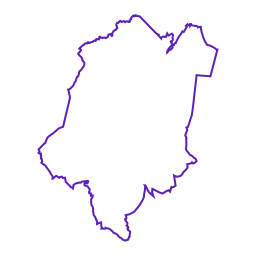 outline of Ahuazotepec, Hidalgo, Mexico
{"feature_id": "50627088B25624644630099", "entity_name": "Ahuazotepec", "entity_type": "district", "adm_level": 2, "iso_a3": "MEX", "parent_name": "Mexico", "parent_adm1": "Hidalgo", "projection": "robinson", "projection_center": [-98.14, 20.057], "detail": "fine", "context": "isolated", "style": "outline", "palette": "violet", "viewbox_px": 256, "rotation_deg": 0, "n_neighbors": 0, "source": "geoboundaries", "source_scale": "gbopen_adm2", "svg_char_len": 5664}
<svg xmlns="http://www.w3.org/2000/svg" viewBox="0 0 256 256"><path d="M84.1,65.7L81.0,70.1L80.6,70.5L79.8,71.0L79.0,72.4L79.0,73.5L78.2,76.3L76.9,77.0L75.6,81.3L74.8,82.1L74.2,83.3L73.6,84.9L72.8,86.1L70.1,88.8L69.4,89.3L68.1,89.6L68.6,91.0L69.6,95.3L70.0,97.4L69.8,98.5L63.1,126.8L61.5,127.3L58.5,128.6L53.4,133.1L48.3,136.7L47.2,138.1L45.9,141.1L45.3,143.0L44.0,143.9L38.6,149.4L39.4,150.9L39.5,151.8L39.4,152.3L39.1,152.7L38.8,152.6L38.6,153.0L40.4,154.1L40.9,152.8L41.1,156.2L40.8,156.4L41.0,157.5L41.0,158.3L41.2,158.8L41.7,158.9L42.2,161.5L41.4,162.7L43.0,164.1L45.2,165.4L49.0,170.7L49.9,171.8L51.0,174.1L51.5,174.9L52.3,175.9L52.6,176.5L52.8,177.1L52.5,178.7L53.1,178.6L53.3,178.2L53.7,177.7L54.4,177.4L54.9,176.7L56.2,175.9L59.4,177.8L59.9,177.1L62.0,176.7L62.7,178.0L64.9,177.7L65.7,181.6L66.0,182.3L66.8,182.8L68.1,184.3L69.9,185.8L70.7,187.1L71.5,187.2L72.2,187.6L72.4,188.0L72.9,188.5L73.3,186.7L73.6,184.7L74.3,184.4L75.7,183.5L76.5,183.1L78.0,183.1L78.4,182.7L79.4,182.6L80.7,182.7L81.8,181.7L82.3,181.5L83.2,181.5L85.8,181.2L87.2,180.8L87.7,180.8L88.3,181.2L88.1,181.9L87.3,183.3L86.8,183.3L86.2,183.1L85.3,183.0L84.9,183.1L84.6,183.3L84.5,183.7L84.5,185.2L85.3,185.6L86.3,185.8L86.8,186.1L87.6,186.3L87.9,186.6L88.3,187.4L88.8,188.2L88.9,188.4L89.3,188.7L89.7,189.6L89.7,190.6L89.1,191.8L88.9,192.3L89.4,193.3L89.8,193.4L90.5,193.3L90.9,193.4L91.0,194.1L90.8,195.1L90.9,195.8L92.7,195.4L92.8,195.9L92.5,197.1L92.0,197.9L91.5,198.3L91.1,200.0L91.3,203.7L91.5,205.1L92.5,206.5L92.9,207.5L93.2,209.4L93.0,211.4L93.4,212.8L93.7,215.1L95.0,216.7L95.5,217.8L96.1,219.6L96.6,220.0L96.6,220.6L97.2,221.6L97.0,224.0L101.0,222.3L101.3,223.9L101.2,226.0L101.9,227.7L101.4,228.6L102.9,228.6L105.0,228.7L105.4,227.8L106.2,228.2L107.3,228.3L109.1,228.7L109.9,229.2L112.5,231.4L113.2,232.4L114.4,233.1L115.8,233.7L116.6,234.2L117.2,234.5L117.8,235.2L118.4,236.0L119.8,237.5L120.2,237.6L121.2,238.1L121.7,238.7L122.7,239.5L124.5,240.4L125.3,240.6L126.7,239.9L127.1,239.8L127.7,240.0L128.1,239.5L128.8,237.6L129.1,237.4L129.1,236.8L129.4,236.7L129.6,236.5L129.8,233.9L130.1,232.9L130.1,231.7L129.1,230.6L128.1,230.2L127.6,229.1L127.5,228.6L127.6,228.2L128.1,228.2L128.3,228.0L128.3,227.7L127.9,226.6L126.7,225.7L127.1,225.4L127.4,223.6L127.4,223.1L125.6,220.6L125.1,219.3L125.3,218.9L126.0,218.8L126.3,218.3L126.5,217.7L126.1,216.2L125.7,215.2L128.6,214.5L131.1,213.5L134.4,211.6L139.1,205.8L141.7,201.8L143.1,199.1L143.9,196.9L144.0,195.2L144.1,194.2L145.0,189.5L145.1,186.3L145.1,185.7L144.8,185.3L145.2,185.3L145.6,185.7L145.8,186.3L146.9,188.2L147.7,190.2L148.8,192.1L150.2,193.3L150.8,193.9L153.3,196.1L152.9,194.9L152.8,194.1L152.2,192.8L152.1,192.0L152.4,188.8L159.2,192.4L162.6,193.5L166.5,191.1L168.5,190.2L170.0,191.7L171.4,187.2L171.8,187.6L174.2,186.6L175.6,185.7L174.0,175.5L175.5,176.3L177.0,176.7L177.9,176.7L180.7,175.8L182.2,174.3L183.3,172.3L186.2,169.5L187.6,167.5L187.2,164.2L191.5,163.2L192.0,162.3L193.1,163.4L194.6,163.0L196.5,161.3L195.9,159.1L193.5,157.4L191.8,155.7L190.4,155.1L189.6,154.5L189.4,154.2L189.1,153.5L187.1,151.3L186.0,149.4L185.9,149.2L186.4,144.9L186.2,138.5L186.5,138.3L186.0,136.5L185.3,135.7L185.3,135.1L187.3,129.8L186.4,127.5L188.0,126.8L191.8,115.1L192.7,109.3L196.6,75.2L210.4,76.3L217.4,49.6L216.4,49.6L215.2,48.4L212.2,46.6L209.3,45.3L207.3,45.1L205.0,41.5L203.1,37.3L202.4,34.3L201.6,32.3L200.7,26.8L198.3,27.3L198.4,27.0L196.3,25.9L194.2,25.9L193.7,25.6L191.2,25.2L191.1,24.1L190.1,24.0L189.9,24.3L190.4,25.2L189.8,26.2L189.6,25.7L187.5,24.2L185.9,25.8L186.9,26.7L183.7,32.0L182.4,31.4L181.0,33.7L179.9,35.4L179.2,36.1L177.6,39.0L175.6,43.1L174.8,43.3L174.1,44.2L174.0,45.0L173.8,45.1L173.2,44.9L172.6,45.2L172.4,46.0L172.4,46.3L172.5,46.6L172.4,46.9L172.5,47.4L172.5,47.9L171.4,48.9L170.8,49.6L170.2,49.5L168.8,50.5L167.1,52.7L167.0,52.3L167.1,51.6L167.7,50.8L168.3,49.3L169.1,48.3L169.9,47.1L170.7,46.3L171.7,45.9L172.2,44.9L172.4,44.4L171.9,43.9L171.6,43.4L171.7,42.2L170.8,41.9L170.7,41.6L170.9,41.3L171.6,41.5L172.2,40.9L172.8,40.0L172.8,38.8L172.6,38.2L172.5,37.9L172.6,37.1L172.9,36.2L173.0,35.3L172.9,34.8L171.9,33.9L171.8,33.7L168.4,35.6L167.2,33.5L165.9,36.9L164.7,36.9L164.2,36.7L163.4,36.6L162.6,36.7L161.8,37.1L161.3,37.7L161.2,38.5L158.0,35.1L158.5,34.7L156.1,33.3L139.6,16.3L137.0,16.0L136.8,15.7L136.3,15.5L135.7,16.0L135.5,15.8L135.4,15.4L135.1,15.5L134.8,15.7L134.4,15.7L134.3,15.9L133.8,15.6L133.3,15.5L133.0,15.8L133.2,16.3L131.8,16.9L131.2,17.9L131.2,18.4L130.8,18.8L131.1,19.3L129.7,20.3L129.8,21.1L129.7,21.8L128.8,22.0L128.2,21.6L126.6,21.3L125.0,22.2L123.9,21.1L121.7,21.9L121.4,21.5L120.3,20.9L119.9,21.0L119.8,21.7L119.2,21.7L118.1,23.0L117.2,22.8L116.5,23.9L116.2,24.8L116.3,25.5L116.9,26.3L117.3,28.2L117.0,28.5L116.4,28.6L116.2,29.4L115.8,29.7L115.6,30.1L114.6,30.3L114.5,30.5L113.8,30.8L112.7,32.4L112.5,32.9L111.9,33.7L112.3,34.6L112.4,35.5L111.9,36.0L111.6,35.9L111.5,35.1L110.9,34.9L110.5,34.5L110.4,34.2L110.2,34.0L108.4,34.8L108.2,35.7L107.9,36.2L108.0,36.7L107.9,36.9L107.0,37.3L106.5,37.8L106.1,38.1L105.6,38.1L104.4,37.5L103.1,37.8L102.9,37.7L102.2,38.0L101.6,37.7L101.1,37.7L100.4,37.0L99.9,36.7L99.6,36.7L99.2,37.3L99.2,37.9L99.0,38.4L99.2,38.8L99.0,39.3L98.5,39.2L98.2,39.4L96.6,39.0L96.0,39.4L96.2,40.0L95.5,41.0L94.2,40.6L93.6,40.9L93.0,41.5L92.9,41.8L91.6,42.0L90.7,42.4L90.0,42.8L89.6,43.0L89.1,42.9L88.8,42.4L88.3,42.3L88.3,43.0L87.6,43.4L87.1,43.0L86.3,43.5L85.1,43.4L84.4,44.0L84.3,44.4L83.3,45.3L82.7,45.3L82.0,46.1L80.2,47.6L79.3,48.6L80.1,49.0L80.6,49.5L81.0,50.0L80.9,50.5L79.2,52.5L78.7,52.8L78.2,53.6L78.2,53.9L79.2,55.2L81.5,57.2L81.6,57.8L82.4,59.4L82.3,60.4L83.8,61.9L84.4,62.9L84.4,63.5L84.1,65.7Z" fill="none" stroke="#5b21b6" stroke-width="2"/></svg>